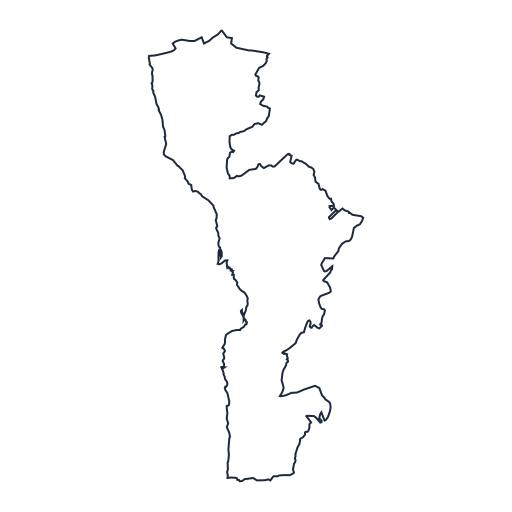 outline of Toliary-II, Atsimo-Andrefana, Madagascar
{"feature_id": "10022922B75767771564463", "entity_name": "Toliary-II", "entity_type": "district", "adm_level": 2, "iso_a3": "MDG", "parent_name": "Madagascar", "parent_adm1": "Atsimo-Andrefana", "projection": "natural_earth1", "projection_center": [43.811, -23.281], "detail": "fine", "context": "isolated", "style": "outline", "palette": "slate", "viewbox_px": 512, "rotation_deg": 0, "n_neighbors": 0, "source": "geoboundaries", "source_scale": "gbopen_adm2", "svg_char_len": 6049}
<svg xmlns="http://www.w3.org/2000/svg" viewBox="0 0 512 512"><path d="M235.3,279.7L237.2,282.3L237.0,284.8L239.8,289.1L241.7,290.9L244.3,292.4L246.4,295.3L247.8,298.5L247.3,300.3L247.7,303.5L247.5,305.3L246.5,306.6L245.8,310.4L243.7,315.6L243.2,315.9L243.1,313.4L242.1,312.6L241.9,310.0L240.9,311.0L241.4,313.3L243.7,316.7L243.6,320.6L244.6,319.0L245.6,319.8L246.3,322.4L246.9,322.4L246.4,324.3L245.2,324.6L244.1,326.6L240.7,328.8L240.1,330.0L236.7,330.0L232.0,331.0L226.5,334.4L225.8,335.7L224.9,339.9L225.1,342.1L224.6,344.2L221.8,348.5L222.3,348.1L223.7,348.5L225.0,351.0L223.2,353.7L224.3,357.8L223.7,359.3L222.8,360.2L222.7,361.1L224.2,364.1L223.7,367.4L224.5,367.4L223.3,368.2L223.1,366.8L221.3,367.2L223.2,371.5L223.7,373.6L223.5,374.3L224.7,376.8L224.9,378.7L227.0,381.9L227.4,383.9L226.9,385.5L225.8,387.0L225.3,386.8L224.8,388.3L225.5,390.3L227.4,393.1L229.3,401.5L229.0,404.7L228.0,405.8L226.8,405.9L226.6,406.6L227.4,413.3L226.7,418.5L228.2,423.5L226.8,427.0L229.1,432.4L230.0,436.5L229.3,438.3L228.4,449.5L228.9,454.3L228.3,460.9L227.6,462.7L227.9,469.3L227.1,472.1L227.8,475.5L227.5,478.0L231.3,477.5L236.1,477.9L236.9,478.3L237.3,479.9L238.9,479.9L239.7,481.3L242.2,481.0L244.5,479.2L253.2,478.0L256.9,480.4L265.3,480.2L268.2,479.4L270.3,480.5L272.9,476.9L273.9,476.2L277.5,476.3L279.1,475.5L282.8,475.1L289.7,475.2L293.6,473.2L293.9,472.3L293.0,469.4L294.0,463.9L295.4,461.6L295.5,459.9L294.8,458.3L295.6,456.0L295.4,454.1L297.5,447.5L299.3,444.2L300.1,440.8L299.9,439.6L300.3,438.8L302.9,437.3L304.9,434.9L305.0,432.5L305.5,431.9L307.7,431.7L308.3,430.9L309.4,428.0L309.4,424.3L311.1,422.4L306.4,416.2L307.2,415.8L314.1,416.1L315.9,417.5L320.3,422.6L321.5,422.2L321.6,420.6L319.2,418.4L320.2,414.1L321.4,412.3L324.5,420.5L325.9,419.9L328.0,416.9L330.0,411.1L330.6,407.1L330.3,404.4L329.4,402.2L325.2,399.2L324.4,397.7L322.1,395.5L319.3,388.0L315.0,385.8L304.4,389.4L296.8,392.6L291.6,392.8L285.8,395.3L281.1,396.3L279.9,396.1L282.3,392.0L283.5,388.7L283.5,386.9L281.6,380.3L282.6,372.4L283.8,369.2L285.8,365.9L286.5,362.9L288.1,361.5L287.6,359.4L286.9,359.3L287.7,357.8L286.8,355.9L287.1,354.3L284.2,353.2L284.3,353.9L283.8,353.9L283.0,352.8L281.8,353.2L283.5,351.6L286.6,350.2L289.5,348.2L295.7,343.1L296.8,339.8L299.9,334.3L301.3,332.9L304.0,332.2L305.0,328.2L307.4,321.9L308.2,320.9L309.4,320.4L310.4,321.6L310.6,323.5L309.7,326.4L310.8,327.7L311.7,327.7L312.6,326.2L314.1,325.0L317.6,327.8L319.3,328.4L322.0,325.8L321.7,325.1L320.2,324.6L320.2,324.1L321.5,323.0L322.0,318.6L322.7,316.2L324.0,314.3L324.9,310.6L324.1,309.3L321.8,308.9L320.5,307.2L319.0,303.0L318.4,299.3L320.0,296.6L320.9,295.9L328.9,292.9L330.5,291.8L330.8,290.8L330.0,287.4L327.1,282.3L324.2,281.3L323.2,280.1L330.2,272.4L331.2,269.9L331.9,269.4L332.3,267.1L332.3,266.2L326.6,271.0L324.9,271.5L324.0,270.9L321.2,264.9L322.0,263.0L324.9,258.1L333.3,258.5L334.6,255.8L338.3,251.2L339.0,248.2L342.0,243.8L345.5,241.5L349.1,240.9L350.5,239.8L352.0,237.0L353.9,228.0L357.1,225.5L359.9,224.3L362.1,220.8L363.2,217.7L361.1,216.2L352.5,214.8L350.3,213.1L349.0,213.0L348.8,211.7L344.8,210.4L342.5,208.5L337.2,212.7L331.6,218.3L329.8,219.1L328.9,217.7L329.0,217.1L334.9,211.3L336.9,210.6L334.1,207.8L332.9,208.4L331.5,210.0L329.5,207.3L329.6,206.0L333.9,205.9L333.5,203.6L331.5,201.4L331.0,198.8L330.2,199.1L329.1,198.2L327.5,196.2L325.4,190.6L322.5,189.1L321.1,189.9L320.4,189.6L319.6,188.3L318.5,183.8L315.5,181.7L315.0,177.5L313.6,174.9L314.4,171.9L313.4,169.2L311.1,167.3L309.4,167.1L306.0,164.0L301.4,161.2L300.0,161.2L297.0,159.6L295.9,160.1L293.6,163.7L291.4,163.2L290.2,162.0L291.6,155.7L289.5,155.0L289.6,154.2L289.0,153.8L287.6,154.2L274.5,166.5L272.5,166.5L271.3,165.5L268.7,165.4L263.8,168.1L261.4,166.2L259.7,163.9L259.1,164.0L258.4,164.4L257.4,166.9L255.9,168.9L249.2,169.9L241.6,175.6L238.6,176.4L237.1,175.8L233.6,178.1L229.7,178.3L229.7,175.9L227.9,173.5L226.6,167.5L227.1,159.8L227.7,158.4L229.3,156.8L230.0,152.8L231.6,151.7L233.1,152.1L234.1,150.8L231.5,149.2L230.4,147.5L229.5,142.0L229.7,136.2L231.7,134.9L234.1,134.7L235.9,133.5L238.6,133.0L240.3,131.9L243.9,131.2L246.6,129.2L252.3,126.8L254.5,124.0L258.3,123.2L261.8,124.8L266.2,121.0L266.9,118.8L268.8,116.0L269.9,108.5L268.0,107.7L267.1,106.6L263.1,105.8L260.2,104.0L260.9,101.6L263.3,99.3L264.1,96.7L259.8,95.4L258.9,96.5L257.6,96.9L255.9,95.6L256.5,92.2L258.8,90.2L258.6,87.7L259.5,83.7L259.2,82.0L258.3,80.8L258.6,77.3L258.1,76.5L255.9,75.7L255.3,74.6L259.1,67.9L263.2,65.9L265.6,63.3L266.7,61.3L266.5,58.9L267.6,57.3L266.9,56.6L266.9,55.9L268.9,53.8L264.4,52.5L251.3,50.4L249.1,50.5L236.3,47.7L231.1,43.4L231.9,38.1L226.9,37.3L221.9,30.7L221.3,30.7L217.8,34.5L213.0,37.4L209.1,40.9L204.0,43.5L201.6,37.3L194.5,41.0L189.7,41.0L181.9,39.7L178.6,40.4L175.1,41.7L172.7,43.6L175.6,48.4L174.1,50.1L170.8,51.7L164.5,53.3L155.4,55.4L149.1,55.9L148.8,57.7L149.9,63.7L149.6,64.5L152.2,67.9L152.7,69.5L151.9,73.6L152.5,75.6L152.6,80.8L152.2,82.8L151.6,83.2L152.4,85.6L152.2,89.1L153.4,91.1L153.2,92.6L155.1,96.7L156.6,104.4L158.3,107.1L159.0,109.7L158.6,110.1L161.0,114.7L162.5,120.0L163.0,126.5L164.5,130.0L165.3,135.7L165.2,136.5L164.6,136.8L166.2,144.0L163.7,152.1L163.9,154.4L165.5,156.2L173.0,160.1L177.6,165.8L178.4,166.0L182.7,170.4L184.8,175.5L185.1,176.9L184.8,178.2L187.8,181.6L188.6,183.8L191.2,185.0L191.8,189.5L192.9,191.5L195.6,191.0L198.0,191.8L199.0,193.0L200.9,194.2L202.0,196.2L208.4,200.3L213.3,205.5L213.8,207.5L216.8,214.4L216.5,218.6L215.7,219.9L217.2,225.7L217.2,226.5L216.2,227.4L216.3,228.9L218.2,232.8L218.4,235.9L219.6,238.4L218.4,242.7L218.5,245.3L219.1,246.8L220.1,247.5L220.3,250.4L220.9,250.2L221.7,252.1L221.7,256.3L220.9,257.4L221.0,256.2L220.7,255.5L220.1,255.6L220.5,255.0L219.6,252.5L219.5,249.0L218.5,252.1L218.5,261.2L217.7,263.9L219.1,264.3L221.4,263.5L225.0,260.5L227.3,260.3L226.6,262.8L227.3,267.9L228.5,267.0L229.0,268.0L229.6,267.8L229.7,268.6L230.7,268.8L230.7,270.2L231.8,269.8L231.8,270.8L232.9,270.9L232.3,271.7L233.0,272.8L232.2,274.8L233.8,274.9L233.7,277.8L234.3,278.6L234.2,279.2L235.3,279.7Z" fill="none" stroke="#1e293b" stroke-width="2"/></svg>